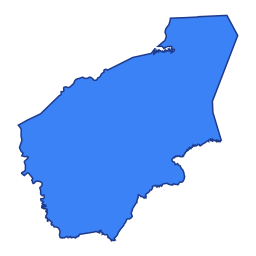 outline of Kariba, Mashonaland West, Zimbabwe
{"feature_id": "62879985B94385115404707", "entity_name": "Kariba", "entity_type": "district", "adm_level": 2, "iso_a3": "ZWE", "parent_name": "Zimbabwe", "parent_adm1": "Mashonaland West", "projection": "natural_earth1", "projection_center": [28.545, -16.89], "detail": "fine", "context": "isolated", "style": "filled", "palette": "blue", "viewbox_px": 256, "rotation_deg": 0, "n_neighbors": 0, "source": "geoboundaries", "source_scale": "gbopen_adm2", "svg_char_len": 5769}
<svg xmlns="http://www.w3.org/2000/svg" viewBox="0 0 256 256"><path d="M61.2,237.5L62.1,238.1L62.9,237.6L64.2,237.9L66.9,236.4L67.6,237.5L68.1,237.7L68.9,237.5L70.1,236.4L70.7,236.7L70.9,237.5L71.4,237.8L73.4,237.2L74.2,237.5L74.8,237.3L75.2,237.9L75.6,238.0L76.9,236.4L77.5,236.3L77.7,236.7L78.0,236.7L78.6,236.2L79.5,234.5L79.9,234.3L94.8,231.9L95.8,231.4L99.6,232.9L99.6,232.2L99.1,231.3L99.4,230.9L100.9,230.3L101.0,230.6L100.5,231.6L101.4,231.9L102.2,233.0L102.9,233.2L102.4,234.3L103.5,234.0L104.6,234.7L107.0,234.6L107.7,235.7L108.0,237.4L108.5,237.2L108.8,237.8L110.3,238.9L111.3,240.5L111.6,240.0L112.0,240.5L112.6,240.0L113.5,240.6L114.9,240.3L115.3,240.0L114.3,238.9L114.2,238.0L115.1,237.6L117.1,235.3L118.4,232.4L120.7,228.9L123.6,225.6L124.1,224.0L125.5,222.4L126.6,219.6L127.8,218.8L129.1,219.0L130.7,218.3L132.1,216.7L132.3,216.2L131.8,215.5L131.7,214.4L131.2,213.5L131.8,211.2L132.4,210.4L132.4,209.0L135.9,203.3L136.9,202.6L136.9,202.0L136.6,201.4L137.0,200.8L137.1,199.9L138.2,197.4L137.8,196.9L138.4,194.8L139.8,195.4L140.8,196.6L141.8,196.5L143.7,197.5L144.1,198.1L144.3,198.0L144.2,197.3L145.0,197.1L145.3,198.2L145.4,197.6L145.9,197.9L146.0,197.6L146.0,195.8L145.6,195.1L146.3,193.7L148.3,192.6L149.6,191.2L150.0,190.0L151.3,190.0L151.6,189.7L152.6,187.6L152.5,186.5L153.6,185.8L154.4,185.9L155.7,185.3L156.5,186.9L157.1,187.0L157.7,186.9L158.1,185.5L158.8,185.8L159.5,186.6L160.3,185.3L160.7,185.2L161.6,186.1L162.1,185.6L162.4,184.4L163.3,183.9L166.1,183.4L167.7,183.4L168.1,184.1L171.3,185.0L171.9,184.6L172.7,185.0L173.7,183.7L175.2,184.4L176.8,184.3L177.5,184.8L178.5,184.3L178.7,183.4L180.2,182.0L181.8,182.2L183.1,181.2L184.3,178.6L184.3,177.3L184.7,176.8L184.0,174.1L183.9,172.9L183.0,170.5L182.4,169.4L181.5,168.8L180.1,165.8L178.3,164.9L177.7,163.7L175.2,164.6L174.5,162.3L172.8,161.5L172.0,160.8L171.8,159.5L173.2,158.1L173.3,157.7L174.5,157.0L174.7,157.4L175.4,156.3L175.8,156.6L176.7,156.0L177.1,156.5L177.7,156.0L178.8,156.2L179.4,155.9L179.8,156.5L180.9,156.8L181.7,156.5L182.7,156.7L182.8,155.8L183.4,156.0L183.8,155.7L183.9,154.6L184.7,153.7L184.8,153.1L185.3,153.0L185.3,152.3L186.0,151.6L186.8,151.4L187.1,150.6L186.9,149.6L187.3,149.6L187.5,150.2L188.1,150.3L188.8,149.3L189.5,149.0L189.0,147.9L189.3,147.5L189.6,147.5L189.9,148.3L191.0,148.5L191.2,148.1L190.9,147.6L192.2,147.3L192.2,146.6L192.6,146.6L193.1,145.0L194.0,146.2L194.3,146.1L194.4,145.4L195.0,145.0L195.5,145.1L196.0,146.0L196.4,145.5L197.1,145.4L198.2,144.2L198.9,144.7L199.5,144.7L199.8,145.7L200.3,145.8L202.0,144.7L202.7,143.9L203.8,143.5L208.1,140.6L208.6,141.2L208.6,140.4L209.0,139.9L210.9,138.9L211.1,139.3L210.7,140.5L212.0,140.2L212.5,139.5L212.6,140.2L212.2,141.0L212.5,141.2L212.8,141.2L213.0,140.5L213.3,140.2L214.1,140.1L214.9,140.7L216.4,140.1L216.1,141.3L216.6,141.8L217.9,141.3L217.9,140.6L218.2,140.5L218.5,141.5L219.4,141.0L219.8,141.7L220.3,141.6L220.8,140.1L221.2,140.1L212.9,112.5L212.4,101.3L237.7,35.5L226.9,15.4L198.3,16.7L198.0,17.0L186.0,17.6L170.4,18.2L170.1,21.0L169.3,23.1L169.2,24.2L166.2,28.2L165.2,30.7L165.1,32.7L166.1,34.9L166.3,36.7L164.8,40.8L163.6,41.5L158.0,46.3L162.0,46.3L163.9,48.2L163.9,48.9L164.5,47.6L165.2,47.6L166.9,46.7L168.2,46.4L171.6,46.5L172.0,48.1L171.4,48.9L174.4,49.5L174.2,50.8L173.2,51.2L173.2,51.7L172.6,52.0L171.8,52.4L172.0,52.1L171.8,51.8L172.2,51.6L171.7,51.3L171.9,50.8L171.2,51.3L171.1,50.7L170.9,50.9L170.6,50.3L170.6,50.0L170.3,50.7L169.9,50.4L169.9,50.7L169.7,50.7L169.6,50.3L169.9,50.0L169.7,49.5L169.5,50.3L169.3,50.0L169.2,50.2L169.1,49.7L168.9,49.5L168.9,49.8L168.7,49.7L168.9,50.2L168.5,50.3L168.6,50.7L168.4,50.4L168.0,50.6L168.0,50.3L167.7,50.4L167.6,50.1L167.5,50.9L166.9,51.2L166.1,50.3L165.2,51.5L165.0,50.4L164.5,51.4L163.1,52.1L162.1,51.7L162.3,51.2L161.8,51.5L160.4,51.3L160.4,50.8L159.8,50.9L159.4,50.3L159.0,51.0L159.0,50.3L158.7,50.1L158.5,50.6L158.2,50.7L158.2,50.3L157.7,51.4L157.2,51.3L157.7,50.4L157.4,50.7L157.2,50.4L156.7,50.8L156.5,50.4L156.3,50.6L156.5,51.0L157.1,51.1L157.1,51.8L156.7,52.1L156.1,51.1L155.7,51.2L156.0,51.8L155.4,52.3L155.5,52.9L153.8,54.3L153.6,53.4L154.4,50.7L153.7,51.0L154.5,50.4L154.5,49.6L155.2,49.0L154.8,48.8L151.3,53.4L132.7,57.5L107.5,70.1L106.5,69.4L105.1,69.4L103.9,70.3L104.0,72.1L101.9,73.5L101.2,74.4L100.1,76.7L97.7,78.0L97.2,79.2L96.2,80.2L94.2,80.3L93.5,79.9L92.7,78.7L92.0,78.4L91.0,77.4L90.1,77.2L89.1,77.3L87.8,78.2L86.0,78.4L84.6,78.3L82.8,77.2L76.0,79.4L74.6,81.1L74.0,82.8L73.3,83.9L69.8,87.1L68.2,87.6L65.7,86.8L64.0,87.3L63.6,88.2L63.9,90.8L62.5,91.7L61.1,91.7L61.2,94.0L60.9,94.8L59.3,95.6L40.6,113.8L27.4,120.1L18.3,125.2L20.0,127.2L21.2,129.4L21.1,135.8L21.4,138.0L21.8,138.5L21.8,140.7L19.5,147.5L19.7,148.4L21.1,151.2L23.1,153.4L21.8,155.8L24.5,156.6L27.7,156.6L28.2,157.3L27.5,158.5L24.4,161.4L24.4,162.3L25.4,164.9L25.4,169.8L24.5,171.2L21.8,172.6L21.7,173.5L24.3,175.6L27.3,173.0L28.1,172.9L28.8,173.4L32.8,178.3L32.7,178.8L31.9,179.8L31.8,180.5L32.4,181.0L32.6,182.8L33.2,183.5L33.9,183.4L35.6,181.6L37.4,181.0L40.4,181.7L41.9,182.9L42.2,183.6L42.0,184.9L41.4,186.2L39.8,187.7L40.7,191.1L40.6,193.7L41.0,194.6L42.5,195.7L43.9,195.1L44.3,197.4L43.7,198.6L41.0,198.6L40.7,199.3L41.1,200.8L43.3,201.5L43.2,202.0L42.1,203.4L42.1,203.8L45.8,205.3L45.9,206.4L45.1,206.8L44.4,206.4L44.0,207.1L43.4,207.1L42.8,206.5L43.2,205.5L42.7,205.3L41.8,206.0L41.8,207.7L42.4,208.1L43.2,208.1L43.8,208.8L46.1,208.7L47.0,209.2L47.2,210.3L46.1,210.5L45.9,211.6L46.5,211.9L46.8,212.5L47.3,212.3L47.3,213.1L47.2,213.9L46.1,215.4L45.7,217.7L47.2,217.9L47.5,221.2L47.8,221.3L48.0,220.4L48.7,219.5L49.1,219.5L50.5,221.3L52.0,222.4L52.0,222.7L51.1,223.9L51.7,225.1L53.2,225.2L54.2,227.0L56.2,226.9L58.5,228.0L59.8,230.6L60.1,231.8L59.5,234.3L59.6,235.9L60.0,236.6L60.2,237.6L61.2,237.5Z" fill="#3b82f6" stroke="#1e3a8a" stroke-width="1.5"/></svg>